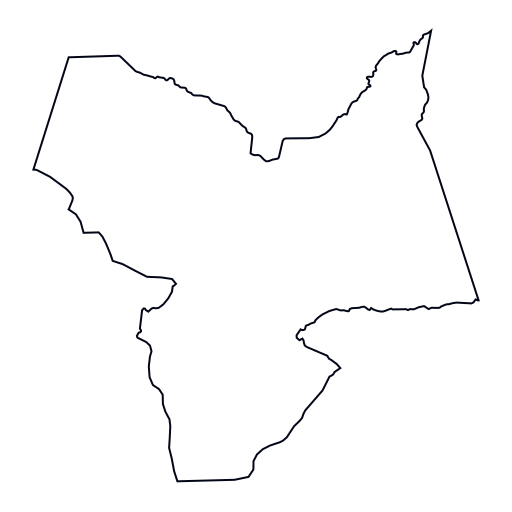 Moyen-Chari, Albers equal-area conic projection
{"feature_id": "TCD-5583", "entity_name": "Moyen-Chari", "entity_type": "Prefecture", "adm_level": 1, "iso_a3": "TCD", "parent_name": "Chad", "parent_adm1": "", "projection": "albers", "projection_center": [18.828, 9.32], "detail": "fine", "context": "isolated", "style": "outline", "palette": "ink", "viewbox_px": 512, "rotation_deg": 0, "n_neighbors": 0, "source": "natural_earth", "source_scale": "10m", "svg_char_len": 5126}
<svg xmlns="http://www.w3.org/2000/svg" viewBox="0 0 512 512"><path d="M478.6,300.4L478.1,300.5L475.6,299.4L473.5,302.4L471.4,303.4L457.0,302.6L453.4,303.0L448.9,304.2L446.9,304.3L445.4,304.7L441.3,306.4L440.4,307.2L438.9,307.9L431.4,307.8L428.6,309.1L424.1,306.1L418.9,307.2L413.9,309.3L409.9,309.1L408.3,310.0L407.4,309.9L406.7,309.4L405.8,309.2L392.7,309.4L391.1,308.6L384.5,311.1L382.3,311.6L379.3,311.3L376.1,310.5L373.2,309.4L371.2,308.0L369.6,310.0L367.9,309.4L366.1,307.8L364.1,306.7L362.4,306.8L358.9,307.8L351.9,308.2L349.8,309.0L348.9,311.0L347.9,311.3L343.3,310.2L341.9,310.4L340.7,310.4L336.2,309.0L329.4,311.0L322.7,314.3L318.9,317.0L316.4,319.3L315.3,320.5L314.9,321.8L314.2,322.4L310.8,323.5L308.1,325.0L306.7,325.3L305.8,325.9L305.4,327.7L304.9,329.3L303.7,330.0L302.1,330.1L300.6,329.4L296.6,335.3L296.7,337.8L299.5,340.2L302.4,338.6L303.5,340.3L304.0,343.2L304.8,345.5L306.8,347.0L327.3,355.8L328.9,358.6L331.6,360.2L336.8,364.1L340.3,368.1L334.7,371.9L333.0,374.6L331.4,375.6L329.5,376.6L322.5,390.5L305.4,410.2L303.6,413.5L302.1,417.8L299.7,420.8L294.1,426.2L286.9,437.2L283.2,440.5L280.2,442.1L270.1,445.5L262.8,449.2L257.0,454.4L253.5,461.1L253.4,469.5L248.5,476.9L234.6,479.8L177.4,481.3L174.1,471.1L171.8,458.8L169.1,447.9L169.7,438.3L170.3,426.3L169.5,419.4L165.3,411.5L162.9,404.0L162.7,394.7L159.1,389.2L152.9,385.0L149.6,377.2L148.8,366.4L150.0,356.4L151.5,351.3L150.0,345.6L146.3,342.1L140.2,339.0L137.4,337.6L136.9,335.8L137.7,334.4L138.6,332.7L139.7,332.5L140.9,331.6L141.0,330.4L140.6,329.7L139.9,328.7L142.1,310.2L143.8,308.4L144.9,308.6L145.9,310.1L148.4,311.6L151.5,308.6L153.4,307.9L155.8,308.3L158.6,307.9L163.3,304.4L168.3,298.3L172.0,291.7L172.7,286.4L174.0,285.7L176.0,283.8L172.0,279.0L161.1,277.4L147.0,276.8L135.6,271.0L122.6,264.1L112.7,260.9L110.6,254.6L106.0,243.5L102.4,236.6L98.7,232.4L83.6,232.8L80.6,221.8L75.9,214.3L68.6,209.4L69.1,208.6L72.5,200.1L72.8,197.9L72.4,196.2L69.9,192.6L66.3,188.9L50.0,176.8L37.4,170.3L36.4,169.9L35.2,169.7L33.4,169.6L68.7,57.3L118.7,55.7L120.0,56.3L121.1,57.2L135.4,71.0L136.5,71.6L137.5,72.0L139.5,72.5L141.1,73.3L143.5,74.6L144.4,74.9L147.0,75.4L151.1,76.6L152.5,76.9L153.4,77.3L154.1,77.9L154.8,78.2L155.5,78.2L157.0,76.9L157.9,76.6L158.8,77.1L160.0,77.4L163.5,77.9L164.5,78.5L165.6,79.9L166.3,80.3L167.2,80.2L168.1,79.5L168.8,78.8L169.5,78.2L170.5,78.0L171.9,78.4L172.9,78.8L173.7,79.5L174.1,80.3L174.3,81.2L174.6,83.2L174.9,84.1L175.7,84.6L176.7,85.0L178.2,85.3L178.9,85.9L180.1,87.1L181.1,87.5L184.5,87.7L185.5,88.0L186.1,88.7L186.7,90.4L187.2,91.1L187.8,91.7L191.3,93.1L191.9,94.0L192.6,94.6L193.3,95.1L194.3,95.4L201.4,95.6L204.9,96.6L206.7,96.8L207.9,97.1L208.8,97.6L210.7,100.3L211.9,101.6L213.3,102.6L214.9,103.4L224.2,106.1L224.9,106.5L225.5,107.1L226.0,107.8L227.2,110.1L228.4,111.3L229.6,112.4L230.2,113.1L231.3,115.5L233.6,119.4L234.6,120.5L235.4,120.9L236.3,121.2L237.3,121.4L238.2,121.8L238.9,122.2L242.5,125.9L243.2,126.4L245.4,127.8L245.9,128.5L246.2,129.3L246.7,131.1L247.2,131.9L247.8,132.4L248.6,132.9L250.4,133.5L251.2,133.9L251.8,134.6L252.1,135.4L252.2,136.4L252.2,137.9L250.6,152.8L250.6,153.3L251.0,153.6L251.5,154.0L253.2,154.8L254.2,155.0L255.5,155.2L257.4,155.0L258.7,155.2L259.7,155.5L260.4,156.0L263.9,159.6L266.0,161.2L267.2,161.3L269.1,161.0L272.6,159.6L277.4,158.7L278.3,158.2L279.0,156.8L282.7,140.9L283.9,139.1L285.9,138.4L309.3,138.2L318.7,137.0L325.3,133.6L327.3,132.0L329.9,129.7L332.5,126.4L334.7,123.0L335.7,121.6L336.8,119.7L337.5,118.0L338.0,117.3L338.6,116.9L339.4,117.0L340.2,116.9L341.3,116.3L343.0,114.7L344.4,114.1L345.3,114.1L345.9,114.4L346.3,114.5L346.9,114.3L347.7,112.2L348.4,109.3L351.3,103.8L351.9,102.9L352.8,102.2L354.3,101.4L355.6,101.1L356.5,100.7L357.3,100.0L357.8,98.6L359.2,97.1L360.0,95.1L360.7,94.0L361.5,92.8L362.6,91.9L364.7,90.7L365.9,89.8L366.6,88.9L366.9,87.9L367.2,87.1L368.3,86.8L369.2,86.8L370.1,86.5L370.5,86.1L370.1,85.2L368.6,84.2L368.4,83.5L368.7,82.7L369.1,81.6L369.2,80.6L368.8,79.9L368.1,79.4L367.4,78.9L366.9,78.3L366.9,77.5L367.5,76.9L369.0,76.7L371.2,76.9L372.1,76.7L372.9,76.1L373.3,75.0L373.3,74.0L373.2,73.1L373.2,72.3L373.6,71.6L374.4,71.2L375.5,71.0L376.2,70.4L376.2,69.4L375.6,67.7L375.7,66.6L376.3,65.3L378.1,63.2L378.8,61.8L380.7,59.5L383.4,56.7L384.6,55.8L386.1,55.1L387.5,54.0L388.8,53.4L390.5,52.9L391.8,52.4L393.2,51.5L394.3,51.0L395.5,51.0L395.9,51.2L396.2,51.4L396.3,52.1L396.2,52.8L396.1,53.7L396.8,54.2L398.1,54.4L400.6,53.9L402.3,53.8L406.4,52.6L407.8,52.6L408.9,52.5L409.9,52.1L413.8,45.3L413.8,44.3L413.5,43.4L413.5,42.7L414.0,42.2L415.3,42.3L416.0,42.9L416.5,43.7L417.1,44.2L417.8,44.2L418.6,43.5L419.6,40.8L420.3,39.8L421.1,39.0L422.5,38.1L423.0,37.0L422.9,36.2L422.9,35.5L423.6,34.7L428.0,33.2L431.1,30.7L422.3,75.7L424.1,87.3L426.2,89.7L427.9,94.4L428.4,96.9L428.3,99.0L427.8,100.8L427.3,102.0L426.8,102.9L425.6,104.1L425.1,104.8L424.7,105.7L423.9,108.1L423.8,109.4L424.0,111.0L423.7,112.1L423.0,113.0L421.9,114.1L421.7,115.3L421.9,116.5L422.3,118.1L422.1,119.2L421.6,119.9L418.6,121.7L418.0,122.2L417.4,122.9L417.0,123.8L416.6,124.9L417.3,126.9L430.1,150.5L478.6,300.4L478.6,300.4Z" fill="none" stroke="#020617" stroke-width="2"/></svg>